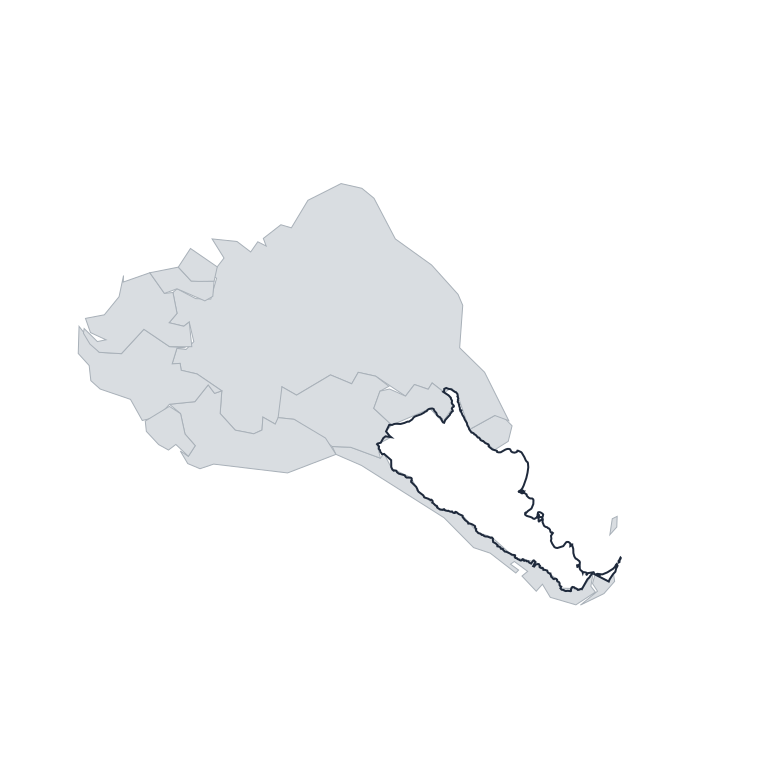 Argentina on a map of South America (Equal Earth projection), rotated 298°
{"feature_id": "ARG", "entity_name": "Argentina", "entity_type": "country or territory", "adm_level": 0, "iso_a3": "ARG", "parent_name": "South America", "parent_adm1": "", "projection": "equal_earth", "projection_center": [-65.46, -38.417], "detail": "fine", "context": "in_parent", "style": "outline", "palette": "slate", "viewbox_px": 768, "rotation_deg": 298, "n_neighbors": 12, "source": "natural_earth", "source_scale": "50m", "svg_char_len": 9885}
<svg xmlns="http://www.w3.org/2000/svg" viewBox="0 0 768 768"><g transform="rotate(298 384 384)"><path d="M314.9,659.8L315.2,675.3L324.5,675.5L318.0,680.3L302.2,676.6L281.0,661.2L301.3,669.8L305.7,661.8L314.9,659.8ZM304.5,367.6L312.5,384.3L316.8,415.7L322.5,416.7L313.0,430.5L314.0,451.7L305.1,465.4L299.8,490.7L304.9,515.0L297.0,535.7L299.3,551.4L291.9,581.4L298.2,601.3L292.6,627.7L286.7,635.7L296.2,655.3L315.2,657.4L302.5,661.6L299.5,668.3L279.1,657.1L273.7,631.0L281.6,617.9L272.5,615.7L279.2,596.0L286.0,598.8L288.5,582.4L284.3,580.3L282.9,590.2L279.0,589.1L284.5,557.2L281.6,539.9L294.1,499.8L301.5,402.4L299.3,374.6L304.5,367.6Z" fill="#d9dde1" stroke="#a8b0b8" stroke-width="1"/><path d="M356.9,654.2L372.2,648.8L376.6,652.0L367.0,656.7L356.9,654.2Z" fill="#d9dde1" stroke="#a8b0b8" stroke-width="1"/><path d="M383.9,480.8L408.2,496.6L411.7,502.5L407.2,516.7L391.7,520.6L377.8,512.6L383.9,480.8Z" fill="#d9dde1" stroke="#a8b0b8" stroke-width="1"/><path d="M410.2,511.4L408.2,496.6L383.9,480.8L410.9,451.9L411.3,444.8L404.8,441.4L407.5,426.0L400.1,425.5L397.8,411.1L383.4,408.7L387.0,373.0L382.2,355.8L369.0,355.4L366.9,332.5L333.1,312.0L333.6,295.2L313.3,306.9L297.5,306.8L297.9,292.6L286.1,297.9L278.9,292.4L273.4,274.3L281.0,253.2L301.8,244.0L305.1,214.2L300.9,198.5L306.5,194.3L302.3,187.5L318.2,184.4L321.5,193.0L332.1,196.2L347.3,182.9L341.0,180.1L337.2,165.5L349.2,168.1L365.7,154.7L370.9,156.5L371.0,177.7L377.6,191.2L398.8,186.5L398.9,180.0L420.1,183.6L431.4,164.1L440.8,187.3L438.0,204.3L450.3,205.8L450.5,215.2L455.9,209.1L476.2,218.2L478.4,228.9L510.5,230.6L540.8,252.0L546.4,272.6L543.3,288.0L517.4,325.9L511.4,370.2L497.9,407.3L490.4,416.6L451.5,433.8L441.6,467.3L410.2,511.4Z" fill="#d9dde1" stroke="#a8b0b8" stroke-width="1"/><path d="M304.6,306.3L333.6,295.2L333.1,312.0L366.9,332.5L369.0,355.4L382.2,355.8L387.0,373.0L384.3,389.4L375.8,383.8L357.7,386.4L351.4,410.1L342.7,407.8L340.0,415.0L327.3,406.3L316.8,415.7L312.5,384.3L304.5,367.6L310.6,321.2L304.6,306.3Z" fill="#d9dde1" stroke="#a8b0b8" stroke-width="1"/><path d="M301.8,244.0L281.0,253.2L273.4,274.3L278.9,292.4L286.1,297.9L297.9,292.6L297.5,306.8L304.6,306.3L310.6,321.2L308.8,357.7L299.3,374.6L260.2,340.6L233.3,271.2L222.8,261.3L221.6,248.1L229.2,235.6L228.3,245.2L240.9,246.3L246.4,231.8L262.3,218.3L265.4,204.1L279.6,225.3L300.7,229.2L296.2,238.8L301.8,244.0Z" fill="#d9dde1" stroke="#a8b0b8" stroke-width="1"/><path d="M322.9,191.8L318.2,184.4L302.3,187.5L306.5,194.3L300.9,198.5L305.1,214.2L301.8,244.0L296.2,238.8L300.7,229.2L279.6,225.3L265.4,204.1L249.2,199.9L238.3,187.7L251.4,167.4L246.3,135.7L249.3,123.6L261.9,115.0L267.4,99.7L291.7,87.7L278.3,117.7L287.5,137.9L319.6,146.3L316.3,177.1L322.9,191.8Z" fill="#d9dde1" stroke="#a8b0b8" stroke-width="1"/><path d="M365.7,154.7L349.2,168.1L337.2,165.5L341.0,180.1L347.3,182.9L326.7,196.8L316.3,177.1L319.6,146.3L287.5,137.9L278.3,117.7L281.2,105.6L287.7,94.8L292.2,93.2L286.9,111.0L292.5,117.8L291.6,100.7L301.8,89.6L313.8,104.6L336.7,109.1L357.5,103.1L351.6,105.9L372.3,125.0L360.9,147.6L365.7,154.7Z" fill="#d9dde1" stroke="#a8b0b8" stroke-width="1"/><path d="M395.0,185.7L381.0,191.7L373.3,186.8L370.9,156.5L360.9,147.6L372.3,125.0L390.6,147.5L384.4,165.4L395.0,185.7Z" fill="#d9dde1" stroke="#a8b0b8" stroke-width="1"/><path d="M409.1,181.8L395.0,185.7L387.6,172.2L384.4,165.4L390.6,147.5L412.8,149.5L409.1,181.8Z" fill="#d9dde1" stroke="#a8b0b8" stroke-width="1"/><path d="M263.5,205.0L262.3,218.3L246.4,231.8L240.9,246.3L228.3,245.2L232.9,228.6L224.5,224.7L224.7,213.5L230.6,196.4L239.2,190.6L263.5,205.0Z" fill="#d9dde1" stroke="#a8b0b8" stroke-width="1"/><path d="M382.2,391.3L383.4,408.7L397.8,411.1L400.1,425.5L407.5,426.0L403.4,449.2L397.2,456.0L378.0,453.7L383.9,436.2L351.4,410.1L357.7,386.4L375.8,383.8L382.2,391.3Z" fill="#d9dde1" stroke="#a8b0b8" stroke-width="1"/><path d="M384.0,480.5L382.2,484.0L382.5,485.1L382.5,486.4L381.9,487.4L382.1,488.5L381.9,489.3L380.8,491.9L381.2,492.9L380.8,494.2L379.8,495.6L379.9,497.8L380.2,498.4L379.4,501.1L379.7,504.5L379.1,505.5L378.3,505.4L378.0,505.8L377.1,510.5L378.0,515.0L377.1,515.8L377.4,517.2L378.5,519.1L383.1,522.0L384.6,523.4L385.4,524.9L385.5,526.1L384.2,527.9L384.0,529.4L384.6,531.4L385.8,532.7L386.6,533.2L387.8,533.1L388.0,533.5L388.2,536.4L388.2,537.3L387.8,538.2L385.3,542.3L383.3,544.8L382.6,546.1L382.3,547.6L381.6,548.3L378.2,550.5L373.0,552.4L367.8,553.8L359.8,555.0L356.8,555.1L355.2,554.8L353.9,554.4L353.1,553.6L352.2,553.5L352.0,553.9L352.4,555.0L352.2,556.3L352.4,557.1L353.9,558.2L353.1,558.2L353.7,558.9L353.4,561.8L352.4,562.4L351.6,564.9L351.5,566.1L351.7,567.0L352.5,568.7L352.2,569.9L351.6,570.5L348.1,572.2L344.0,572.6L343.1,572.6L339.4,570.7L336.5,569.9L336.8,569.4L336.4,569.2L335.1,569.8L334.7,570.4L334.6,572.2L335.4,575.9L335.5,577.3L335.2,579.1L335.6,580.2L337.8,581.5L338.4,581.4L338.5,581.5L338.1,582.2L338.2,582.7L339.1,582.8L341.0,582.5L341.3,581.5L340.1,581.4L340.2,581.1L342.9,580.3L343.6,580.9L343.9,581.6L344.1,582.6L343.9,584.9L343.5,585.8L341.4,586.4L340.8,586.2L339.6,583.9L338.7,583.5L337.7,583.6L336.7,584.4L335.7,584.7L335.4,585.4L337.8,586.6L339.7,587.1L339.0,587.8L336.5,588.8L334.0,591.8L333.7,593.5L334.1,595.6L333.7,596.4L333.9,597.4L333.3,598.9L331.6,600.4L331.3,601.4L331.9,602.0L331.7,603.1L328.4,602.7L326.0,604.4L323.9,605.0L322.0,607.5L320.0,611.1L320.1,612.8L320.6,614.1L325.0,618.4L329.6,619.1L330.4,619.6L331.1,621.0L330.9,622.7L330.2,623.7L328.3,624.6L328.6,624.8L330.0,624.6L330.4,624.8L330.7,625.5L330.1,625.7L327.3,628.5L323.6,630.6L321.1,633.0L319.8,635.2L320.0,635.9L319.3,639.7L318.6,640.6L316.6,641.5L315.3,640.6L314.2,638.9L314.4,639.8L314.3,640.3L312.5,640.8L314.7,640.8L315.7,641.9L312.8,643.6L311.9,645.0L311.6,647.1L310.5,648.2L311.4,648.0L312.2,650.2L312.4,651.3L312.3,652.0L310.0,652.3L311.6,652.8L312.4,652.6L312.8,652.9L316.2,657.4L315.9,657.8L315.8,657.3L311.5,656.2L309.9,656.2L307.2,655.3L295.8,655.0L295.9,654.4L294.1,653.0L293.2,651.9L293.7,650.2L293.7,649.7L293.3,648.7L293.6,648.3L293.8,647.4L293.3,645.7L292.3,645.2L291.7,645.5L290.3,645.5L289.1,646.3L288.7,646.1L287.7,643.4L286.5,641.7L286.2,640.1L286.5,639.3L285.8,637.7L285.9,636.8L286.3,636.3L286.4,635.7L288.3,635.6L288.2,634.8L288.8,633.5L290.5,632.6L291.1,631.8L291.3,630.9L291.1,629.8L291.7,629.0L292.5,628.7L292.8,627.6L292.6,626.7L292.1,626.0L291.5,625.7L291.4,625.0L292.3,622.7L292.3,622.1L293.7,621.0L294.0,620.2L294.8,619.9L294.4,618.5L294.5,617.1L295.9,615.7L295.4,613.2L294.7,612.0L295.8,611.0L296.1,610.4L295.3,609.5L295.3,607.5L295.6,607.1L296.7,607.0L296.8,606.4L297.6,605.6L297.5,604.8L296.0,602.8L293.3,602.3L293.2,601.2L298.0,601.2L298.5,599.6L298.6,599.1L298.2,598.7L294.5,598.2L294.5,596.0L295.2,594.7L294.5,593.3L294.8,592.9L294.7,592.0L293.7,590.8L293.7,590.1L294.6,589.7L294.6,589.2L294.4,588.6L292.7,588.1L292.2,587.3L292.3,585.6L292.1,584.0L292.6,583.1L292.1,581.8L292.2,581.4L292.7,580.6L293.7,580.6L294.3,580.2L294.3,579.8L293.2,576.6L293.5,575.9L293.3,570.5L292.8,569.7L292.9,568.9L293.6,566.8L294.2,566.4L294.2,566.0L293.6,565.2L293.4,564.7L293.5,564.3L294.1,564.0L294.4,563.4L294.5,562.3L293.9,560.3L294.3,560.0L295.0,560.0L295.7,557.4L295.7,554.6L297.7,553.1L298.5,552.9L299.0,551.8L299.1,551.3L298.3,550.5L297.9,547.2L296.9,544.9L296.8,543.8L297.1,542.3L296.6,541.1L297.1,539.5L296.6,537.3L297.3,535.6L297.4,534.6L298.3,533.7L299.3,533.5L299.5,532.6L300.4,531.4L301.1,531.3L301.4,530.7L301.3,529.2L301.5,528.3L301.3,526.2L300.9,524.6L300.5,524.4L300.3,523.9L301.3,523.0L301.9,519.5L303.4,515.9L304.6,515.2L304.3,511.0L304.9,508.2L304.7,507.2L304.2,506.9L303.4,507.1L303.0,506.5L302.9,505.0L303.4,503.8L302.7,503.2L302.3,501.6L302.3,500.3L301.9,499.9L301.2,497.7L301.1,496.6L301.5,496.5L301.7,495.9L301.2,495.2L300.4,494.9L299.5,492.5L299.7,490.3L299.9,488.9L300.2,488.6L300.7,488.6L301.2,487.8L300.9,486.7L302.1,482.7L302.0,482.3L303.4,482.0L304.1,480.4L304.0,479.9L303.4,479.6L303.5,476.9L302.8,473.0L303.0,472.4L304.1,471.1L305.1,465.0L306.2,463.2L306.6,463.1L308.3,460.7L310.3,453.9L311.2,453.5L311.6,453.9L312.0,453.8L312.4,453.3L313.6,452.8L313.8,452.3L313.8,451.5L312.0,447.9L312.1,446.8L313.1,445.1L311.8,439.1L312.2,436.9L313.2,435.6L312.7,434.1L312.0,433.3L312.4,431.5L314.1,429.4L320.1,426.1L322.3,416.9L321.1,415.3L322.0,413.7L322.2,412.8L323.7,411.5L324.3,409.8L326.6,408.9L327.6,406.1L328.4,406.3L330.6,408.7L335.9,408.8L338.5,409.9L340.4,415.3L340.8,413.3L343.1,408.1L350.4,407.8L351.8,410.5L353.5,411.8L354.6,413.4L356.5,417.4L359.3,420.4L361.2,421.9L362.1,422.8L362.4,423.7L365.9,425.5L368.5,425.9L370.0,426.7L374.6,430.9L377.7,432.9L379.0,433.4L380.0,434.4L381.6,434.6L382.7,435.2L383.6,436.0L384.8,437.7L385.1,438.4L385.2,439.6L384.0,441.0L383.0,443.8L381.5,445.3L380.9,447.1L380.9,449.3L379.9,451.0L380.0,451.3L379.2,451.9L378.0,453.7L377.8,454.3L378.0,455.3L380.9,455.0L387.9,456.7L388.8,456.4L390.5,456.9L391.2,456.7L392.3,457.5L392.7,457.3L394.2,455.4L395.6,455.4L396.6,456.2L397.1,456.2L397.7,455.7L398.2,453.9L399.1,452.6L401.1,452.0L402.5,449.9L403.2,449.5L404.3,446.4L404.9,439.9L406.0,440.4L408.0,439.5L409.7,440.8L410.0,443.3L411.0,446.3L410.7,446.8L410.3,450.3L410.5,451.5L409.6,453.6L407.7,455.0L407.4,454.8L406.3,456.3L404.7,456.6L404.0,457.2L402.9,457.4L402.3,458.8L401.5,459.3L401.0,460.2L400.1,460.5L398.5,462.2L396.8,463.2L396.7,463.6L397.0,464.1L397.0,464.7L395.7,464.6L395.6,465.3L393.4,467.9L392.2,470.1L390.6,471.9L388.5,475.4L386.6,477.0L385.3,479.2L384.0,480.5ZM315.1,675.2L314.9,659.9L316.6,661.6L317.1,662.9L316.6,662.5L316.1,662.7L315.6,663.6L315.8,664.2L317.6,664.5L318.5,666.3L322.5,669.6L328.4,673.0L331.1,673.8L333.2,673.7L334.3,674.0L333.4,675.4L332.7,675.6L330.0,675.6L326.9,676.4L323.5,675.5L317.5,674.9L315.1,675.2ZM337.8,674.2L338.4,674.4L341.8,674.3L341.7,674.6L341.0,674.9L339.0,674.8L337.3,675.5L336.6,675.0L337.8,674.2ZM355.0,556.5L355.1,557.0L354.8,557.0L354.0,556.5L353.7,555.8L355.0,556.5Z" fill="none" stroke="#1e293b" stroke-width="2"/></g></svg>